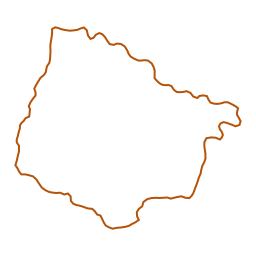 the district of Belo Oriente, Minas Gerais, Brazil
{"feature_id": "56859067B81668974812121", "entity_name": "Belo Oriente", "entity_type": "district", "adm_level": 2, "iso_a3": "BRA", "parent_name": "Brazil", "parent_adm1": "Minas Gerais", "projection": "mercator", "projection_center": [-42.44, -19.258], "detail": "fine", "context": "isolated", "style": "outline", "palette": "amber", "viewbox_px": 256, "rotation_deg": 0, "n_neighbors": 0, "source": "geoboundaries", "source_scale": "gbopen_adm2", "svg_char_len": 2300}
<svg xmlns="http://www.w3.org/2000/svg" viewBox="0 0 256 256"><path d="M190.5,92.9L186.6,91.2L182.9,92.0L179.5,92.2L176.6,91.9L173.9,89.8L171.5,86.1L168.6,85.0L165.6,85.2L162.3,84.8L159.6,83.3L157.1,81.0L154.6,78.3L154.6,74.4L154.7,70.6L153.6,67.0L151.7,63.4L147.9,60.5L144.1,60.2L141.2,60.6L138.4,60.5L134.3,58.8L130.7,56.6L128.7,54.0L127.3,50.5L124.7,46.4L120.8,43.9L116.7,43.6L113.7,44.9L109.7,44.1L107.1,40.5L104.8,36.8L102.1,34.1L99.2,33.1L95.9,34.7L93.5,37.8L90.5,38.9L88.0,35.5L86.8,30.3L83.9,27.5L80.5,28.5L77.5,29.8L73.4,30.4L69.8,30.7L65.6,30.1L61.7,29.3L58.4,28.1L55.4,27.3L52.1,29.0L52.1,33.8L51.5,37.8L50.8,41.9L50.3,45.8L50.5,50.6L50.3,55.2L50.0,59.4L49.3,62.9L47.0,66.2L46.3,69.2L45.8,72.1L44.1,74.8L40.6,77.7L37.9,82.0L35.9,85.4L34.3,88.6L35.5,92.3L35.6,95.5L33.1,98.5L30.5,102.3L28.8,106.1L30.0,109.4L29.6,112.8L29.2,116.5L25.5,118.2L23.7,120.9L21.5,122.9L20.0,125.3L19.8,128.6L18.7,132.1L17.8,136.2L16.7,139.6L16.8,142.5L18.9,145.6L19.0,151.4L17.8,156.1L16.7,161.0L15.4,165.2L17.5,168.3L19.4,172.0L21.4,174.4L25.6,174.4L29.2,175.3L33.1,176.4L36.5,179.6L38.9,183.4L41.9,187.7L45.6,190.3L49.0,191.9L52.4,192.6L56.2,193.0L60.1,192.7L64.3,194.5L67.9,193.5L70.6,196.3L70.9,200.9L73.2,203.7L76.6,205.1L79.7,205.7L83.6,206.9L86.4,208.0L89.2,208.6L92.1,208.8L94.8,211.2L97.1,214.5L100.5,215.6L102.3,219.3L103.9,222.7L105.8,225.6L109.0,227.3L112.6,228.7L116.9,227.8L120.9,227.5L125.3,226.8L128.8,225.9L131.8,224.1L135.6,222.2L138.8,219.9L137.1,216.3L136.8,212.2L138.8,208.9L142.2,206.3L143.4,202.0L147.2,199.2L151.2,198.1L155.9,197.8L159.4,198.0L162.6,197.8L167.0,197.5L170.8,198.6L176.8,197.1L181.2,196.3L185.5,197.8L189.3,198.1L191.6,195.9L193.4,192.9L195.1,188.3L196.6,184.4L197.9,180.8L198.8,177.7L200.6,173.7L201.3,169.7L202.4,165.7L204.3,162.1L205.5,158.5L205.4,153.4L204.7,148.8L204.3,145.6L204.4,142.2L206.4,138.2L211.3,137.4L215.5,137.7L219.9,139.5L221.8,137.5L222.9,134.8L221.7,131.8L219.8,129.1L219.0,126.1L220.5,123.5L223.6,122.1L226.9,122.9L231.7,124.7L235.5,126.3L239.5,124.9L240.6,121.2L238.8,117.8L237.0,114.7L237.1,111.7L238.1,108.3L235.9,106.5L233.3,105.0L230.4,103.5L227.5,102.2L224.3,102.3L221.7,103.2L217.9,103.9L214.2,103.7L210.5,102.6L208.7,100.0L206.9,96.1L203.4,95.4L199.5,95.9L197.3,98.0L193.3,96.6L190.5,92.9Z" fill="none" stroke="#b45309" stroke-width="2"/></svg>